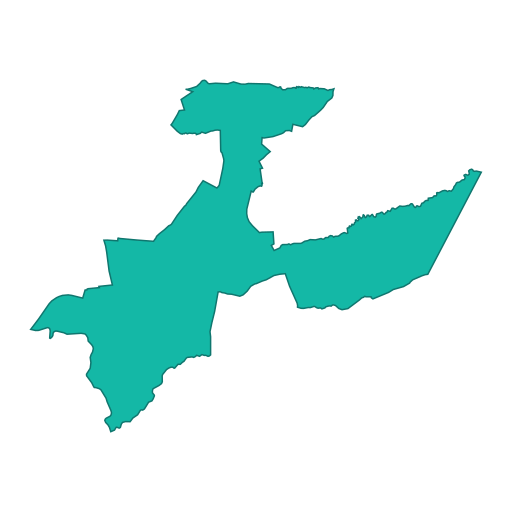 outline of Papalotla de Xicohténcatl, Tlaxcala, Mexico
{"feature_id": "50627088B24838191434080", "entity_name": "Papalotla de Xicohténcatl", "entity_type": "district", "adm_level": 2, "iso_a3": "MEX", "parent_name": "Mexico", "parent_adm1": "Tlaxcala", "projection": "robinson", "projection_center": [-98.192, 19.172], "detail": "fine", "context": "isolated", "style": "filled", "palette": "teal", "viewbox_px": 512, "rotation_deg": 0, "n_neighbors": 0, "source": "geoboundaries", "source_scale": "gbopen_adm2", "svg_char_len": 6019}
<svg xmlns="http://www.w3.org/2000/svg" viewBox="0 0 512 512"><path d="M110.8,431.7L114.5,430.1L116.1,427.4L116.8,427.2L119.2,428.1L119.7,427.9L120.4,427.3L121.3,424.2L122.5,422.4L125.5,421.6L130.1,421.7L132.9,418.0L137.6,414.8L140.4,410.3L141.8,409.8L142.7,410.1L144.4,409.0L148.6,402.2L151.9,400.9L153.2,398.8L154.4,395.8L154.2,395.0L152.5,392.9L152.4,391.1L152.8,389.1L153.8,388.3L159.0,385.5L161.5,383.6L162.3,381.8L162.2,375.8L162.6,374.5L166.5,369.6L168.7,368.1L171.0,367.2L172.7,367.2L174.1,368.2L174.7,368.1L178.0,364.3L180.3,364.3L182.4,362.3L183.9,361.4L186.2,358.2L187.3,357.4L192.1,356.9L193.7,357.4L195.6,356.4L196.6,355.3L199.6,356.3L201.9,354.6L204.3,355.4L205.8,355.3L208.0,356.3L209.3,356.0L210.6,354.9L210.6,336.7L210.0,331.7L211.9,322.5L214.6,311.6L218.1,292.0L220.2,291.7L221.9,292.6L224.7,293.0L227.6,294.0L231.5,294.2L239.8,296.2L243.2,294.8L247.2,291.1L250.7,286.3L254.8,283.9L256.1,283.7L262.4,281.0L266.2,279.8L274.0,275.5L279.9,274.2L285.3,273.7L289.6,286.3L297.1,303.0L297.6,305.4L297.5,307.2L301.1,308.3L303.5,308.4L308.3,307.5L310.3,307.6L314.0,306.4L315.0,306.6L316.6,307.7L318.1,308.2L320.5,307.9L321.9,308.9L324.9,307.9L325.7,306.9L327.9,306.2L329.3,305.9L331.2,306.1L332.5,305.0L333.4,304.9L335.5,305.5L338.8,308.5L342.0,309.7L347.9,308.6L359.4,300.0L361.7,297.9L363.5,297.3L364.8,296.3L365.9,296.8L371.0,296.8L371.3,297.8L372.9,298.9L388.6,292.4L393.3,289.5L403.5,286.6L409.6,283.1L410.1,282.2L412.7,279.8L421.9,275.8L425.1,274.7L427.8,274.3L481.3,172.2L476.5,171.1L474.2,171.3L473.3,170.9L472.6,169.7L471.6,169.2L469.8,169.8L468.7,170.9L469.2,173.1L469.2,174.3L467.8,175.3L465.8,174.4L464.3,175.0L464.0,175.3L464.2,176.0L465.1,177.0L465.0,178.2L464.3,179.6L462.1,180.0L459.4,182.2L457.4,182.4L456.4,183.0L455.5,184.9L454.0,186.7L453.4,188.7L451.3,191.2L449.2,190.7L447.5,191.5L446.2,190.7L444.8,190.4L442.4,190.9L439.1,192.7L437.2,192.6L436.7,192.9L436.8,194.8L436.1,195.9L434.1,195.9L432.5,197.6L428.3,198.2L428.1,200.4L426.1,200.5L424.6,201.4L423.6,202.7L421.8,203.3L420.5,206.3L419.0,206.6L417.2,205.8L416.5,206.0L415.9,207.1L415.2,207.5L414.3,206.9L412.4,204.0L411.6,203.7L410.7,203.9L408.9,205.7L408.1,205.4L405.1,206.2L402.5,206.4L399.8,206.0L395.6,209.0L394.6,209.0L393.4,208.2L392.1,208.2L390.2,211.3L387.7,210.7L386.7,212.4L386.1,212.4L384.6,214.1L384.0,214.2L382.2,212.3L381.4,212.2L379.8,213.2L376.8,213.9L376.4,214.4L376.1,216.3L375.4,217.1L373.8,216.7L372.4,214.5L371.8,214.6L369.8,216.6L369.3,216.3L368.6,215.2L367.2,215.2L366.5,216.8L365.5,217.6L365.1,217.5L364.3,215.5L363.4,214.8L363.1,215.0L362.9,216.8L361.1,218.6L359.7,216.8L359.3,216.6L358.7,217.3L358.3,217.0L357.9,218.4L358.8,218.9L358.9,219.5L357.9,220.8L357.1,220.7L356.3,219.9L355.5,220.1L355.5,222.1L354.5,222.9L354.0,224.4L352.9,225.0L352.3,224.3L351.9,224.3L351.2,226.2L350.6,226.5L349.5,226.0L349.2,226.3L349.1,227.7L347.5,228.0L347.2,228.3L347.8,233.0L346.8,233.5L344.4,232.6L343.5,232.8L341.3,233.9L339.2,235.6L338.0,236.2L335.1,236.3L333.7,237.1L332.2,235.9L330.5,235.6L329.1,236.3L328.3,237.5L325.4,237.6L324.5,238.7L323.5,239.1L322.6,239.2L321.1,238.5L315.4,239.9L310.1,239.6L307.6,240.7L304.8,241.2L301.5,243.2L300.5,243.4L294.0,243.4L292.3,243.9L290.7,244.8L288.9,243.9L287.4,244.5L282.6,244.6L281.2,245.5L279.9,247.9L274.1,250.5L271.3,245.4L273.9,243.9L273.1,231.9L261.6,232.2L259.4,232.6L252.4,225.7L249.1,221.7L247.4,217.7L246.7,213.6L246.8,209.1L251.2,191.1L252.7,192.0L253.3,192.0L255.1,189.1L258.0,186.7L260.1,185.9L261.6,186.2L262.0,185.2L261.7,183.7L262.3,183.8L262.5,183.3L262.0,182.1L260.1,168.9L262.5,168.2L259.0,161.2L263.2,158.1L266.5,154.7L270.2,151.6L261.6,144.1L262.1,137.6L263.9,138.0L273.0,136.6L281.6,133.7L283.5,132.7L285.6,130.7L289.4,130.5L291.6,131.3L292.9,124.3L302.6,126.7L305.4,124.5L308.8,120.1L311.9,116.7L314.6,115.5L320.7,110.1L323.2,107.5L327.3,101.5L331.8,98.0L332.9,95.5L333.0,91.6L333.9,88.8L331.8,89.5L329.5,89.7L328.0,90.5L324.3,88.8L319.9,88.5L318.6,88.9L318.0,87.7L315.7,87.9L313.9,88.9L313.8,88.3L313.1,87.9L309.6,87.5L308.9,87.0L307.1,87.8L305.9,87.3L304.6,87.6L301.3,86.7L300.7,87.3L298.9,86.6L298.5,87.4L296.8,86.6L296.3,87.1L296.2,88.2L295.8,88.3L294.8,87.6L293.2,87.6L291.3,88.3L287.3,88.4L285.5,89.7L282.7,89.8L281.1,88.3L280.7,87.0L280.0,86.8L279.0,87.5L277.6,87.6L269.4,84.0L248.3,83.5L245.1,84.2L241.0,84.1L233.5,81.9L227.8,83.8L215.5,83.2L209.2,83.8L207.9,83.2L206.1,81.1L204.7,80.3L202.9,80.5L201.6,81.3L200.2,83.2L196.6,86.5L190.9,88.4L187.3,89.3L185.6,89.2L192.7,91.7L181.1,99.5L184.5,110.0L179.3,110.6L177.4,114.5L172.2,123.4L171.0,124.9L177.2,131.2L180.4,133.6L182.3,134.1L183.0,133.6L184.4,133.7L185.2,133.1L185.9,133.0L187.3,133.8L189.3,133.1L192.6,133.5L194.1,133.2L195.4,133.3L196.2,133.8L196.4,134.6L200.2,133.4L201.7,132.1L205.5,133.3L210.8,131.1L212.8,130.9L215.1,130.2L217.5,130.0L220.3,130.4L220.7,150.5L221.0,151.8L222.0,152.8L223.6,158.6L223.9,160.7L222.8,168.4L219.2,185.3L217.3,187.7L216.7,187.9L203.1,180.7L198.3,187.4L196.0,192.0L186.7,203.6L185.8,205.3L184.5,206.2L177.2,215.5L171.5,224.2L170.5,225.0L168.7,225.8L164.5,229.7L159.4,233.7L156.5,236.4L156.2,237.5L153.5,241.3L136.4,240.0L120.1,238.5L118.3,238.1L118.0,238.2L117.7,240.8L107.2,240.1L103.9,240.2L105.6,245.9L106.7,252.3L109.1,271.1L112.4,285.0L98.9,286.4L99.4,287.6L88.1,288.7L87.1,289.1L86.9,289.9L85.1,290.0L82.7,298.1L71.8,295.4L68.2,294.9L62.5,295.4L59.1,296.5L56.5,297.7L51.8,300.9L49.2,303.7L38.6,319.0L30.7,329.4L35.6,330.5L38.6,330.4L47.4,327.6L48.7,327.8L49.8,328.9L50.2,330.9L49.7,337.6L49.7,338.1L50.2,338.4L51.4,337.6L52.4,336.4L52.9,335.3L53.1,333.1L53.9,331.9L55.3,331.1L56.9,331.1L64.0,332.8L67.0,334.2L81.1,333.3L84.9,333.9L86.2,335.1L87.8,337.7L88.2,341.1L91.7,344.8L92.9,346.7L93.3,348.7L92.5,352.1L91.2,354.4L90.2,357.4L90.9,362.7L90.2,368.3L86.5,374.2L86.6,375.8L91.7,382.7L93.8,386.9L94.3,387.5L95.9,387.6L99.4,388.7L101.0,389.9L106.1,398.3L107.1,401.7L111.0,410.7L111.5,412.8L111.1,414.8L110.1,416.2L106.2,418.2L105.2,419.2L104.8,420.4L105.7,422.5L107.9,424.8L109.4,427.3L110.8,431.7Z" fill="#14b8a6" stroke="#0f766e" stroke-width="1.5"/></svg>